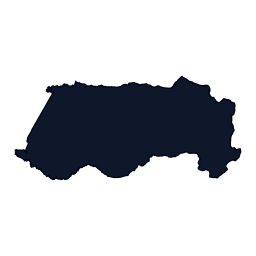 Pradera, Valle del Cauca, Colombia (orthographic projection)
{"feature_id": "7082276B33285563238152", "entity_name": "Pradera", "entity_type": "district", "adm_level": 2, "iso_a3": "COL", "parent_name": "Colombia", "parent_adm1": "Valle del Cauca", "projection": "orthographic", "projection_center": [-76.213, 3.422], "detail": "fine", "context": "isolated", "style": "filled", "palette": "ink", "viewbox_px": 256, "rotation_deg": 0, "n_neighbors": 0, "source": "geoboundaries", "source_scale": "gbopen_adm2", "svg_char_len": 5671}
<svg xmlns="http://www.w3.org/2000/svg" viewBox="0 0 256 256"><path d="M234.9,106.0L234.5,103.8L234.2,103.3L233.0,102.6L231.0,102.2L230.5,101.0L229.8,100.4L228.4,99.8L227.0,99.8L224.5,98.9L223.7,98.9L220.8,101.7L219.3,102.8L218.5,102.8L217.5,102.1L216.6,101.9L216.1,101.4L215.3,100.0L214.4,99.1L213.8,97.8L213.2,97.5L211.6,97.7L209.6,94.9L208.9,93.0L209.8,91.0L209.8,89.8L209.4,87.5L208.2,85.9L207.7,85.6L205.6,85.3L204.1,85.7L202.0,85.8L199.4,85.3L195.5,83.7L193.9,83.3L192.5,82.3L190.3,81.6L189.1,81.4L185.7,78.7L182.9,77.5L182.0,76.6L181.5,76.8L178.0,80.2L177.2,81.5L175.7,82.3L174.2,84.4L173.6,85.8L171.8,87.7L171.3,88.0L169.0,88.4L163.9,87.9L159.7,86.8L159.1,86.3L158.3,86.0L157.5,86.1L155.2,87.2L154.2,87.3L153.4,87.0L152.5,87.1L150.2,85.4L148.4,85.1L147.2,84.5L146.3,83.8L145.4,84.2L141.7,84.5L140.3,85.0L139.7,84.7L139.1,84.6L136.2,83.5L135.3,83.4L134.4,82.8L133.9,82.7L131.6,83.0L130.7,83.4L130.1,83.1L128.9,83.5L128.3,84.6L127.2,85.3L126.2,84.6L125.1,84.5L123.3,84.9L121.9,85.7L120.7,86.7L116.7,87.4L115.7,87.4L114.7,87.0L113.3,87.2L111.7,86.8L110.1,87.1L109.1,86.9L108.7,87.1L108.1,86.8L107.1,87.1L105.1,86.5L104.0,86.7L103.3,86.4L102.7,85.9L101.2,85.3L100.0,86.0L99.6,86.1L99.0,85.9L98.1,86.7L97.3,86.9L96.8,86.7L96.2,87.0L95.3,86.4L93.4,86.5L91.8,85.6L91.4,85.7L91.2,85.5L90.6,86.0L90.1,85.8L89.2,86.1L87.4,86.1L86.3,85.6L85.8,84.8L84.7,84.2L83.8,84.0L83.4,84.2L81.8,84.1L81.3,83.7L80.8,83.6L80.4,83.8L79.8,83.5L79.8,83.2L79.3,82.8L78.6,83.2L78.1,83.2L77.8,83.0L77.4,83.0L77.4,82.7L76.9,82.4L76.3,82.2L75.8,81.6L75.5,82.1L75.5,83.3L75.0,83.9L74.8,85.0L73.9,85.6L72.6,85.3L72.4,86.1L71.9,86.9L71.7,86.8L71.4,86.0L71.0,86.0L70.5,86.4L68.2,86.0L67.6,84.9L66.9,84.9L66.3,84.5L65.5,84.8L64.7,84.1L64.2,84.5L63.8,84.4L63.4,84.7L63.2,85.4L63.4,85.7L62.9,85.9L62.7,86.2L61.9,86.1L61.5,86.5L61.1,86.1L60.6,86.2L60.4,86.5L60.5,87.0L60.3,87.2L59.3,87.1L58.9,86.7L57.9,86.6L57.3,85.7L54.8,86.7L54.0,86.6L53.1,86.0L52.2,86.3L51.4,87.3L51.5,87.7L51.0,88.8L50.8,88.7L51.0,87.7L50.0,88.3L50.0,87.4L49.0,86.8L48.6,86.9L48.6,87.6L47.9,87.8L48.2,88.3L47.8,89.1L47.2,89.2L46.6,89.6L46.5,89.9L46.9,90.3L46.6,91.0L46.9,91.1L47.4,91.8L48.0,92.0L49.6,91.3L49.8,91.3L49.9,91.6L50.3,91.8L50.5,91.0L50.8,90.9L50.9,91.5L52.1,92.0L52.0,92.9L52.2,93.1L53.7,91.9L32.7,128.5L31.9,130.0L32.1,130.2L27.9,137.4L27.1,141.6L28.6,142.5L28.1,144.5L26.1,149.3L26.3,152.3L24.5,150.3L23.8,150.0L22.0,150.2L21.2,150.5L20.4,150.2L17.6,150.3L16.6,149.8L15.9,149.9L15.4,150.1L15.4,150.5L15.6,151.6L16.0,151.8L16.2,152.4L15.8,152.5L15.9,152.8L15.4,153.6L15.4,154.1L16.8,154.7L16.8,155.2L17.5,156.2L21.6,157.9L22.0,158.3L23.1,158.6L23.5,159.5L24.5,159.9L24.8,160.6L25.2,160.2L25.8,160.2L26.2,160.6L26.3,160.1L26.6,160.4L27.2,160.4L27.3,160.2L27.5,160.5L28.1,160.1L29.3,159.8L29.6,160.3L29.4,160.5L29.5,161.0L30.3,161.7L30.8,162.6L30.4,163.4L30.9,165.3L30.9,166.0L31.5,167.1L33.9,166.4L34.9,165.7L36.5,167.3L36.6,168.3L37.4,168.2L38.9,169.3L39.9,169.1L40.8,169.3L41.0,169.7L40.8,170.1L41.4,170.4L41.6,171.1L42.4,171.6L42.9,172.3L43.5,172.8L44.3,174.3L45.9,174.9L46.7,176.3L47.3,176.2L47.7,175.5L48.0,176.0L48.8,175.9L49.0,176.7L49.5,176.9L50.9,178.4L53.0,179.4L54.1,179.2L54.0,178.6L54.8,178.6L55.5,178.2L56.2,177.4L56.4,177.6L56.4,178.2L58.3,178.9L58.6,178.5L60.1,179.2L60.5,178.6L61.2,179.3L61.8,179.4L62.1,179.3L62.6,178.3L63.7,178.5L64.9,179.3L67.5,178.8L69.9,176.5L70.9,175.8L71.5,173.9L72.8,173.9L73.7,174.2L75.1,173.3L76.5,171.9L76.5,171.6L77.0,171.1L76.8,170.4L77.0,170.0L77.3,169.8L77.5,169.5L78.0,170.0L78.0,169.3L78.2,169.1L78.3,169.4L78.6,169.4L79.4,167.8L79.9,167.6L81.3,167.5L82.1,167.3L83.3,166.4L84.7,165.9L86.1,164.6L86.4,164.6L86.6,165.1L87.3,164.4L88.3,164.2L89.0,163.6L89.2,163.9L89.3,164.5L89.9,164.5L90.2,165.1L91.4,165.6L92.6,165.5L93.2,166.4L95.1,166.3L96.2,166.6L98.4,168.8L101.1,170.6L101.8,172.1L103.4,172.7L103.8,173.2L104.9,174.1L106.7,174.7L107.0,175.1L107.5,175.4L107.7,176.0L108.1,176.3L110.0,176.3L111.0,176.7L114.3,177.4L118.1,177.3L120.8,177.0L125.8,175.5L127.7,175.3L128.2,174.9L128.4,174.2L129.5,173.0L129.9,172.1L131.1,171.7L132.0,170.7L133.0,170.4L134.4,170.5L134.8,169.4L135.8,168.1L137.2,166.9L137.5,165.3L138.2,164.5L139.6,164.8L140.7,165.2L141.1,165.6L141.5,165.5L142.1,165.9L143.2,165.5L144.3,164.4L145.2,163.9L145.9,162.8L146.4,162.6L146.7,162.0L147.9,161.6L148.7,161.1L149.1,160.4L148.9,158.5L149.3,157.1L151.6,156.6L152.0,155.7L152.9,154.5L153.8,155.1L156.1,155.4L157.0,156.1L157.8,155.8L158.7,156.1L160.2,155.8L161.8,155.9L164.3,155.2L168.1,155.9L168.7,156.8L171.0,157.1L172.2,156.8L173.1,156.4L174.4,156.6L175.1,156.5L177.8,155.2L180.6,153.0L182.4,152.9L186.1,151.8L187.4,152.0L188.9,153.1L192.7,153.1L193.9,152.9L194.7,153.1L196.6,153.1L197.0,153.3L198.5,155.1L198.5,156.3L200.1,158.4L199.7,159.9L198.8,161.3L198.4,162.4L198.5,163.2L199.7,165.7L198.4,167.6L198.3,168.1L198.6,169.0L200.3,169.9L202.5,170.5L204.4,170.2L205.7,169.3L207.0,169.9L208.6,170.2L209.4,171.2L210.0,172.6L210.1,173.3L209.8,176.0L210.0,176.9L213.4,177.5L215.9,177.3L216.8,177.8L217.8,177.4L218.1,177.1L218.1,176.3L218.7,176.2L221.3,174.4L223.0,172.8L224.3,172.4L225.1,171.6L225.3,171.2L227.1,169.7L227.2,169.3L226.9,168.5L225.4,166.4L225.8,165.2L227.2,163.1L229.6,161.1L231.5,160.3L232.8,159.9L235.0,160.6L235.6,160.5L237.5,158.4L238.8,157.4L239.8,153.9L240.6,152.1L240.6,151.5L240.2,149.0L238.9,149.1L236.7,149.8L235.8,149.7L234.5,147.9L232.6,148.1L231.2,147.8L230.3,145.5L230.3,142.7L230.7,137.0L231.5,134.8L232.6,133.4L232.7,132.3L233.0,131.6L233.6,131.1L234.0,129.9L233.5,129.1L232.9,125.5L231.7,123.5L231.4,122.6L231.7,119.3L231.5,116.1L231.8,115.4L233.3,114.6L233.9,113.6L234.2,111.8L234.7,110.8L234.4,108.0L234.9,106.0Z" fill="#0f172a" stroke="#020617" stroke-width="1.5"/></svg>